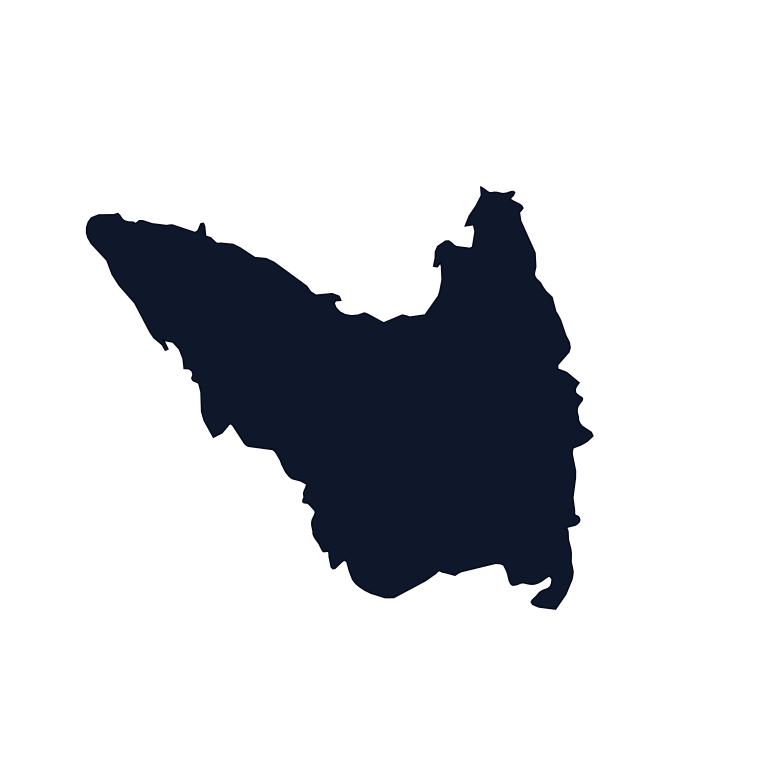 map outline of Granma (Natural Earth projection), rotated 64°
{"feature_id": "CUB-1366", "entity_name": "Granma", "entity_type": "Province", "adm_level": 1, "iso_a3": "CUB", "parent_name": "Cuba", "parent_adm1": "", "projection": "natural_earth1", "projection_center": [-76.9, 20.306], "detail": "fine", "context": "isolated", "style": "filled", "palette": "ink", "viewbox_px": 768, "rotation_deg": 64, "n_neighbors": 0, "source": "natural_earth", "source_scale": "10m", "svg_char_len": 3926}
<svg xmlns="http://www.w3.org/2000/svg" viewBox="0 0 768 768"><g transform="rotate(64 384 384)"><path d="M357.0,560.6L337.9,561.6L328.9,560.0L311.1,552.0L302.0,550.1L297.0,554.2L294.6,554.2L291.9,551.4L288.3,550.8L284.8,552.5L282.4,556.8L273.4,553.5L263.0,552.6L253.8,555.3L248.1,562.9L257.8,562.9L257.8,565.7L251.5,566.1L241.5,570.5L234.8,571.5L201.8,572.5L179.2,578.7L166.4,580.2L151.3,578.8L129.3,585.5L122.4,585.9L117.6,585.0L112.8,582.5L108.9,578.8L106.5,574.2L107.0,566.4L113.6,552.4L114.1,548.5L116.7,547.6L121.2,547.0L123.8,545.6L126.2,543.0L128.6,538.6L131.1,536.9L130.0,532.3L131.7,529.1L138.4,522.2L146.4,509.9L147.0,507.8L148.2,504.7L165.2,487.4L164.6,483.8L159.8,478.4L160.4,475.9L163.6,476.1L173.0,479.6L176.5,475.8L183.4,473.3L185.0,471.7L185.9,469.1L192.3,458.6L198.5,453.8L213.8,444.7L219.6,435.1L226.4,429.6L262.3,410.7L269.1,409.6L274.4,406.3L280.1,391.1L285.2,386.2L286.2,386.0L287.5,386.0L289.8,386.2L287.8,391.2L289.9,393.6L294.5,393.8L299.7,392.3L304.6,388.7L308.4,383.5L310.8,377.2L311.7,370.4L314.3,368.0L329.0,357.6L330.1,337.4L332.5,334.3L335.2,331.6L340.0,316.8L329.0,296.8L325.5,293.3L315.9,286.1L303.2,280.6L299.7,280.1L302.0,284.8L299.8,287.7L293.2,282.6L287.7,279.8L284.0,275.5L282.6,266.1L283.8,263.2L286.6,261.6L289.9,260.4L292.3,258.8L299.8,247.3L299.8,244.4L286.9,235.3L280.0,233.6L277.5,241.6L270.4,233.7L264.3,223.1L257.3,213.8L249.6,210.7L251.1,209.5L256.6,206.6L258.1,205.6L258.8,204.7L259.2,203.7L260.0,201.0L261.3,198.6L264.9,194.1L265.7,192.0L266.4,189.6L266.9,185.1L267.9,183.2L269.2,182.7L271.1,185.1L272.5,189.1L274.0,189.1L276.2,187.8L281.8,183.4L284.5,182.1L286.8,182.1L288.1,184.6L289.0,187.1L297.3,189.7L332.3,190.8L345.2,196.3L350.4,200.4L352.7,201.3L355.8,201.2L361.7,199.1L366.5,198.8L371.8,198.0L379.7,195.0L394.6,198.0L397.4,197.5L404.5,197.4L419.7,199.4L427.7,199.3L433.0,200.8L436.3,203.9L442.9,219.6L446.7,221.4L452.6,215.8L454.0,214.7L468.4,208.2L470.1,211.5L471.6,213.6L473.6,215.0L476.2,215.7L479.7,214.3L483.1,212.1L484.3,212.1L485.5,213.1L488.8,219.3L491.1,221.4L494.0,222.8L499.2,224.0L501.8,225.1L505.3,225.3L508.8,224.5L518.4,218.9L522.3,219.1L524.4,226.1L524.8,229.2L525.0,234.1L524.4,240.4L524.4,242.2L526.1,243.7L529.3,245.6L546.0,250.0L552.4,253.2L568.9,264.1L581.3,268.3L584.4,269.8L585.4,269.8L586.5,269.1L587.5,268.1L588.2,267.6L589.8,267.2L590.8,267.3L592.1,267.8L593.4,268.9L594.4,271.7L594.7,273.9L592.8,282.8L597.1,283.3L605.0,286.7L614.0,288.5L618.4,290.0L625.7,293.8L635.3,296.3L638.4,298.1L642.1,300.9L652.7,312.9L661.5,328.5L652.3,342.5L647.3,346.9L644.5,347.2L643.3,345.4L641.5,339.8L639.7,335.8L639.3,333.5L639.3,330.9L639.6,328.4L639.7,325.8L638.9,323.2L637.0,321.0L633.4,318.5L630.7,318.8L629.2,319.4L628.9,321.3L630.2,329.1L630.3,332.9L629.7,336.6L628.5,339.4L626.8,342.0L624.7,344.4L623.5,346.3L622.8,348.0L622.5,352.0L622.2,353.9L621.0,356.8L619.1,357.6L615.8,357.6L608.1,355.9L604.6,355.6L598.9,355.8L596.2,358.4L593.9,362.6L586.5,396.6L586.5,398.6L586.4,399.8L587.0,404.0L581.5,410.2L578.4,414.1L576.1,415.7L575.8,417.8L576.9,420.7L578.9,433.2L580.2,468.8L576.5,476.6L566.3,487.4L560.9,491.6L555.8,494.6L551.5,496.6L548.1,497.5L545.6,497.8L537.3,497.1L527.2,495.2L524.8,496.9L524.9,498.0L525.4,500.4L528.2,508.9L527.7,510.9L525.3,511.6L515.3,509.0L512.4,507.7L510.3,507.1L509.6,507.8L508.3,511.5L507.1,512.3L498.7,512.4L492.4,513.5L489.3,513.6L487.3,513.3L486.6,512.9L485.3,512.3L479.5,510.8L476.6,509.5L474.4,507.7L471.3,503.7L469.1,501.7L467.0,501.7L460.2,503.7L458.3,504.5L457.0,505.5L456.4,506.9L455.1,508.4L453.9,508.4L452.6,507.5L451.7,506.3L450.7,505.5L449.8,505.0L448.5,504.7L447.3,504.3L446.1,503.4L444.7,501.9L443.9,500.9L440.4,497.2L434.6,501.2L428.7,508.0L425.2,509.7L419.7,510.9L411.9,511.0L406.9,510.5L398.4,511.1L395.8,511.8L394.0,512.8L380.5,533.1L378.7,534.5L376.1,535.4L355.4,537.9L352.3,539.0L352.3,540.3L352.5,541.6L353.6,543.6L356.8,551.0L357.0,560.6Z" fill="#0f172a" stroke="#020617" stroke-width="1.5"/></g></svg>